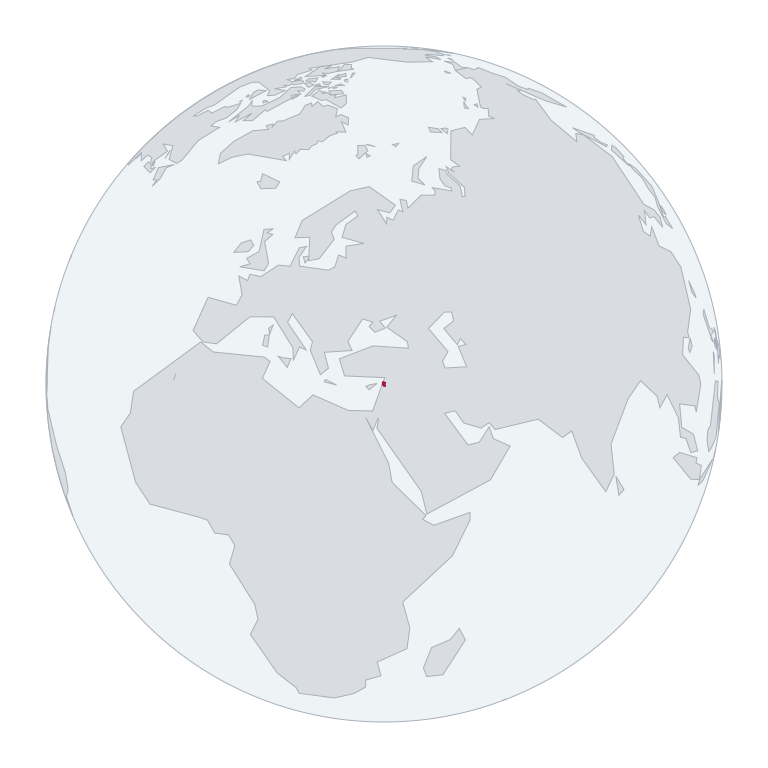 Lattakia highlighted on a globe, orthographic projection
{"feature_id": "SYR-134", "entity_name": "Lattakia", "entity_type": "Province", "adm_level": 1, "iso_a3": "SYR", "parent_name": "Syria", "parent_adm1": "", "projection": "orthographic", "projection_center": [36.019, 35.573], "detail": "fine", "context": "on_globe", "style": "filled", "palette": "rose", "viewbox_px": 768, "rotation_deg": 0, "n_neighbors": 0, "source": "natural_earth", "source_scale": "10m", "svg_char_len": 11086}
<svg xmlns="http://www.w3.org/2000/svg" viewBox="0 0 768 768"><circle cx="384" cy="384" r="338" fill="#eef3f6" stroke="#a8b0b8"/><path d="M334.2,49.8L353.3,48.3L393.0,48.4L407.3,48.1L402.8,49.1L431.2,49.7L453.9,53.5L427.0,49.6L423.4,49.7L438.3,52.0L437.7,52.8L444.6,54.6L442.7,55.6L427.2,54.3L425.6,55.2L436.2,56.9L440.9,59.6L425.6,56.9L432.3,61.7L407.6,62.2L368.2,57.4L353.2,61.8L309.3,68.4L312.0,70.0L297.1,74.7L294.8,78.5L287.3,79.5L291.9,81.9L299.1,80.4L303.6,81.1L302.9,83.5L293.2,84.8L292.2,83.8L288.9,85.5L284.4,85.3L286.3,86.8L274.6,88.7L284.9,90.5L274.7,95.2L267.3,95.6L269.7,90.6L258.6,82.1L251.9,82.4L239.9,87.0L214.0,105.2L205.8,108.2L193.6,115.9L197.3,116.0L208.1,110.2L211.9,113.1L224.8,106.6L228.2,107.2L240.7,103.3L237.0,109.4L226.5,117.9L215.9,121.7L211.0,125.9L219.6,127.3L198.4,140.4L182.0,160.1L176.7,163.4L169.1,159.4L172.9,145.7L163.0,144.0L167.5,151.2L154.2,160.7L151.2,165.2L150.8,168.7L155.1,167.7L150.1,172.7L143.9,166.5L148.3,161.9L150.2,163.6L151.9,157.6L147.6,155.1L141.2,160.9L141.5,153.5L136.9,157.9L134.4,159.2L141.7,152.5L128.6,164.9L127.8,163.6L144.2,145.9L161.7,129.5L180.4,114.3L200.1,100.5L220.8,88.1L242.3,77.2L264.4,67.9L287.3,60.2L310.5,54.2L334.2,49.8ZM51.0,326.7L48.4,344.6L47.4,373.0L47.1,389.4L46.6,394.2L47.6,403.5L47.7,408.4L56.5,445.3L65.5,473.1L68.1,489.7L66.5,496.7L73.1,516.4L64.4,493.9L57.4,470.7L52.0,447.1L48.4,423.2L46.4,399.1L46.2,374.9L47.7,350.7L51.0,326.7ZM345.7,48.3L342.0,48.7L341.4,48.8L345.7,48.3ZM417.7,48.4L409.7,47.7L417.7,48.2L417.7,48.4ZM445.9,54.7L448.3,54.9L450.9,55.9L445.9,54.7ZM242.0,100.3L241.3,101.7L239.3,101.7L242.0,100.3ZM248.0,97.4L246.1,96.3L248.7,94.8L249.8,95.5L248.0,97.4ZM450.2,58.6L453.5,60.6L447.5,58.2L450.2,58.6ZM249.7,99.2L253.5,92.4L258.1,89.9L266.1,90.7L249.7,99.2ZM453.7,61.6L461.9,67.2L468.0,67.7L455.3,70.4L452.6,64.2L444.1,61.0L451.1,62.2L453.7,61.6ZM301.8,78.9L294.0,80.6L301.1,77.1L301.8,78.9ZM305.3,76.6L320.9,66.3L332.1,65.6L324.6,68.8L339.5,66.7L337.3,71.3L328.5,73.5L321.8,72.9L326.1,75.2L305.3,76.6ZM447.0,71.4L446.7,72.9L444.0,71.1L447.0,71.4ZM305.9,81.1L308.1,78.9L317.9,77.9L315.3,82.3L313.0,81.2L305.9,81.1ZM344.6,64.2L351.4,64.6L351.5,68.3L354.1,69.1L338.2,71.3L344.6,64.2ZM310.4,82.6L313.8,84.7L308.5,87.4L304.5,83.3L310.4,82.6ZM321.5,76.0L326.1,75.8L322.7,77.3L321.5,76.0ZM291.7,99.4L294.0,96.1L299.3,95.3L291.7,99.4ZM315.4,85.3L317.2,84.4L319.6,83.8L320.7,85.8L315.4,85.3ZM339.3,74.0L337.9,75.7L345.8,73.3L346.2,76.4L335.5,77.5L340.3,78.3L340.4,79.4L331.5,79.2L339.3,74.0ZM328.9,86.4L315.4,89.6L309.8,95.5L304.9,96.3L314.8,86.7L328.9,86.4ZM331.2,82.1L328.7,84.8L323.9,84.1L322.6,81.9L331.2,82.1ZM350.3,78.3L352.5,73.2L354.8,73.2L350.3,78.3ZM328.2,88.1L331.5,87.4L328.4,88.6L328.2,88.1ZM344.6,81.3L345.0,79.4L347.6,79.4L344.6,81.3ZM337.6,87.6L333.3,88.5L332.3,86.9L337.6,87.6ZM341.6,84.8L345.0,85.4L334.5,85.8L341.3,83.9L341.6,84.8ZM346.9,81.7L348.6,81.0L346.4,82.5L346.9,81.7ZM343.8,93.8L330.9,94.7L328.8,90.9L341.6,90.4L343.8,93.8ZM135.7,482.5L120.8,426.8L130.3,413.2L133.6,391.3L200.7,342.0L213.2,352.0L264.1,357.1L270.1,361.5L262.3,378.4L299.0,407.9L313.0,394.9L348.1,410.4L372.6,411.0L384.7,377.6L344.5,375.9L339.4,358.8L373.0,345.9L408.4,348.2L407.5,341.7L386.7,327.2L396.4,315.3L379.7,321.2L385.3,328.0L375.0,332.3L369.2,326.5L372.9,322.2L362.7,318.9L347.9,341.3L352.0,350.5L324.3,352.3L328.5,368.3L320.4,374.7L310.3,350.2L312.5,341.8L292.3,313.6L287.5,322.3L306.2,349.9L299.6,347.0L293.3,360.5L293.0,348.0L273.8,316.9L249.9,316.8L216.5,343.8L203.1,342.0L193.1,330.5L208.1,297.3L236.4,305.3L242.1,295.0L238.8,276.1L247.7,280.5L249.8,274.2L260.7,276.7L278.5,265.1L290.0,266.3L299.3,247.9L306.5,246.4L298.9,257.4L299.8,266.2L328.6,270.2L334.9,266.8L338.6,255.0L346.1,258.1L346.0,246.2L363.7,243.4L342.1,237.3L345.9,224.5L357.8,216.0L355.2,211.0L335.7,225.2L331.5,232.0L334.1,239.4L319.1,258.8L308.7,260.7L309.7,237.3L295.0,237.8L302.2,220.5L350.2,190.9L369.1,186.6L395.4,205.2L389.7,212.8L377.4,209.6L386.6,223.9L386.9,217.2L393.1,220.3L398.3,210.0L402.9,211.8L400.0,199.4L406.2,200.4L408.0,208.2L421.1,195.2L434.7,195.2L435.4,191.5L432.3,187.6L451.7,190.9L451.4,188.1L444.9,185.8L440.0,179.0L439.0,168.7L445.8,170.4L447.1,174.3L460.0,185.7L462.4,196.8L465.0,196.5L464.5,187.4L448.8,173.3L446.3,166.7L454.7,172.3L451.4,169.7L452.3,167.0L459.5,166.1L450.7,159.7L450.9,130.9L464.9,127.4L472.3,134.9L479.6,119.4L494.7,118.5L488.7,116.2L488.2,108.4L483.4,108.5L480.5,106.9L476.9,89.3L481.3,87.1L473.0,78.7L469.9,77.8L466.1,78.7L455.3,70.4L468.0,67.7L474.4,69.8L478.1,67.5L492.1,73.1L505.3,77.3L518.5,86.2L527.9,89.5L528.2,88.3L541.2,92.6L566.7,107.1L544.5,100.4L506.0,83.7L521.6,90.5L517.6,90.8L522.9,94.6L534.0,99.8L535.5,99.1L551.0,120.1L576.7,141.6L575.9,133.5L583.5,134.8L612.2,156.6L643.7,204.2L654.2,210.0L660.1,217.4L662.8,227.4L654.2,216.7L649.8,217.9L644.5,210.8L646.0,224.7L638.5,215.2L643.3,231.4L650.2,236.2L651.7,226.8L659.1,246.0L670.8,251.6L680.9,267.1L690.7,309.4L687.6,331.8L689.2,337.9L683.4,337.2L682.6,354.8L698.8,375.1L700.8,384.1L696.2,412.1L694.9,405.9L679.6,403.9L681.7,427.3L693.5,434.2L697.7,450.8L690.8,452.6L686.0,438.5L680.5,437.2L678.4,417.7L667.1,394.7L659.9,407.7L657.1,396.2L640.5,380.6L628.2,398.5L611.0,444.0L614.2,474.1L605.8,491.7L581.8,458.2L571.7,430.9L562.6,437.5L538.2,419.2L495.0,429.5L489.2,422.5L481.0,428.1L463.8,423.0L455.2,410.8L444.6,413.3L467.9,444.9L479.2,442.3L489.2,426.9L493.5,438.7L510.1,446.1L490.4,479.9L426.8,514.1L421.4,491.6L376.8,428.1L378.5,420.6L378.4,419.7L377.9,418.2L373.0,430.5L365.6,417.4L388.6,463.3L392.2,482.5L425.9,515.5L422.6,519.3L433.7,525.3L470.1,512.4L470.1,519.8L452.5,555.7L402.7,602.0L409.8,627.9L407.0,648.6L377.2,662.0L381.0,675.7L365.7,680.1L365.5,687.1L354.0,693.5L334.2,698.0L299.2,693.3L296.1,687.6L277.1,672.8L250.4,634.4L258.1,619.1L254.6,604.1L229.5,564.1L234.9,545.4L228.4,534.9L214.9,533.1L207.5,520.2L199.4,517.3L150.0,504.1L135.7,482.5ZM175.8,373.8L173.5,380.2L175.8,373.8ZM445.1,368.0L466.7,366.8L458.3,346.4L465.9,344.5L460.2,338.5L457.5,344.9L443.8,328.5L453.6,321.1L451.7,312.0L444.3,312.1L428.5,328.5L448.0,351.7L442.5,361.1L445.1,368.0ZM54.9,307.1L55.0,306.8L53.8,312.3L54.0,311.1L54.9,307.1ZM71.9,254.4L69.6,260.4L71.0,256.6L71.9,254.4ZM154.6,161.1L154.9,161.7L153.4,165.9L151.9,165.3L154.6,161.1ZM160.2,178.5L152.1,186.3L156.8,179.9L153.1,180.0L158.5,167.6L174.4,164.5L166.2,167.8L160.2,178.5ZM170.0,151.2L164.8,158.7L169.9,150.7L170.0,151.2ZM250.8,239.9L253.7,245.2L248.3,251.6L233.8,252.4L241.4,242.9L250.8,239.9ZM259.1,251.6L264.0,229.4L273.3,228.8L267.2,232.7L272.8,234.5L264.6,241.5L268.6,263.5L264.1,270.8L239.7,266.8L250.2,263.8L246.7,258.4L259.1,251.6ZM260.5,181.4L262.7,173.8L279.8,181.9L275.7,188.2L261.0,188.8L257.1,181.8L260.5,181.4ZM263.2,102.9L263.0,100.9L265.6,100.3L268.0,101.5L263.2,102.9ZM292.3,97.9L267.0,111.4L265.4,109.6L252.5,120.7L243.3,120.6L252.0,113.2L235.3,121.9L239.5,115.3L228.6,122.0L248.9,105.6L252.1,100.7L252.1,106.1L260.4,106.2L264.9,104.7L280.1,97.3L290.9,87.5L300.8,86.8L305.0,88.9L303.9,91.1L297.8,90.7L300.8,94.0L291.1,95.2L292.3,97.9ZM348.2,125.0L341.5,121.7L345.8,132.1L336.2,131.9L337.3,133.1L329.5,136.0L322.1,141.9L317.9,140.9L316.8,143.7L311.7,146.0L308.7,149.6L300.3,149.3L296.0,153.9L294.5,151.2L289.3,159.4L289.4,153.3L282.7,156.2L286.2,160.6L247.9,154.0L231.9,157.3L218.4,163.8L220.3,153.5L234.0,141.3L253.0,130.7L268.2,129.5L266.3,125.5L273.0,124.0L271.7,127.8L277.7,121.1L282.9,121.0L299.8,113.9L305.2,105.4L311.5,102.9L312.0,106.3L317.9,101.6L323.1,106.5L327.7,105.0L337.5,108.8L335.7,116.7L341.0,114.6L348.6,117.9L348.2,125.0ZM346.3,95.0L346.3,103.6L341.1,108.0L326.3,99.7L321.4,100.4L311.8,96.1L319.7,90.1L321.7,91.7L325.5,92.0L321.5,93.8L327.5,92.6L330.5,95.1L336.0,95.0L334.5,97.7L346.3,95.0ZM278.2,356.2L283.1,357.9L291.0,358.6L287.2,367.4L278.2,356.2ZM264.7,335.1L269.3,334.9L267.7,346.9L262.7,345.5L264.7,335.1ZM273.2,325.0L269.7,334.0L268.6,328.3L273.2,325.0ZM303.3,256.8L308.4,256.2L308.4,259.1L305.0,263.0L303.3,256.8ZM359.0,158.8L356.0,155.5L357.9,154.3L357.8,145.5L365.0,145.4L367.8,150.7L359.0,158.8ZM377.1,383.4L369.2,389.7L365.9,386.4L369.2,384.9L377.1,383.4ZM325.5,379.5L336.6,385.0L324.3,381.9L325.5,379.5ZM366.8,157.3L366.0,153.5L370.1,155.9L366.8,157.3ZM370.2,145.0L375.3,146.8L365.8,144.4L370.2,145.0ZM502.4,700.5L505.4,699.3L506.4,699.0L502.4,700.5ZM465.4,639.9L442.9,674.8L426.7,676.5L423.4,668.0L431.6,647.5L450.2,639.6L459.3,628.5L465.4,639.9ZM714.7,453.3L714.8,453.2L714.7,453.3ZM714.2,454.6L715.6,448.9L713.4,458.5L714.2,454.6ZM712.9,458.8L702.9,480.5L697.9,485.6L699.9,479.0L707.9,466.4L712.9,458.8ZM699.5,479.6L690.8,479.2L673.2,457.7L679.6,452.4L696.9,457.7L696.0,462.9L701.3,465.5L699.5,479.6ZM717.2,423.4L716.1,436.9L711.3,448.0L708.7,451.5L707.0,439.7L708.0,429.7L710.5,425.5L715.4,381.0L718.0,381.4L717.5,398.2L719.3,403.7L717.2,423.4ZM615.8,476.1L624.0,489.6L618.9,495.3L615.8,476.1ZM714.2,355.0L714.3,373.9L713.2,351.7L714.2,355.0ZM711.5,336.3L713.1,341.8L711.0,339.0L711.5,336.3ZM692.2,346.3L689.8,352.4L688.2,348.3L690.2,338.2L692.2,346.3ZM688.6,280.6L694.4,292.8L696.1,297.9L692.1,292.7L688.6,280.6ZM426.8,156.6L418.9,168.5L418.0,178.2L424.9,184.9L411.8,181.1L413.2,166.1L426.8,156.6ZM447.2,133.6L441.1,128.6L445.9,128.0L448.0,129.1L447.2,133.6ZM442.0,132.6L430.5,131.9L428.5,127.3L438.0,128.7L442.0,132.6ZM398.6,143.4L395.8,146.7L392.5,144.6L398.6,143.4ZM719.9,421.1L720.3,413.9L718.7,429.5L718.2,432.4L718.8,422.2L719.9,404.5L720.5,395.3L721.8,379.9L720.2,402.9L720.5,408.2L721.5,396.1L720.7,408.6L720.5,415.1L719.9,421.1ZM720.3,359.4L718.5,354.7L718.4,363.5L717.0,339.5L719.2,347.8L720.3,359.4ZM716.3,341.8L716.4,349.9L715.3,337.0L716.3,341.8ZM715.5,347.7L713.8,341.2L714.6,338.5L715.5,347.7ZM716.6,339.7L713.8,327.0L715.7,332.1L716.6,339.7ZM709.2,327.2L713.7,330.8L710.6,336.1L703.1,314.0L703.8,309.2L709.2,327.2ZM666.2,215.3L661.9,210.5L660.5,205.3L663.9,210.1L666.2,215.3ZM651.9,186.3L658.7,202.5L663.5,216.6L665.4,216.6L672.6,228.6L666.0,223.4L657.5,206.2L655.1,197.4L648.1,188.4L642.3,178.2L633.2,169.5L628.5,163.3L636.0,168.7L651.9,186.3ZM629.4,166.2L611.5,150.0L611.9,145.3L615.9,147.8L624.0,157.0L623.3,158.8L629.4,166.2ZM607.3,144.9L606.5,146.8L578.4,131.9L572.6,127.8L594.2,135.4L594.5,137.8L601.3,142.6L607.3,144.9ZM450.3,73.3L447.0,72.9L449.2,72.2L450.3,73.3ZM477.9,107.2L474.3,104.9L477.0,103.7L477.9,107.2ZM465.8,98.2L465.2,101.0L463.0,97.3L465.8,98.2ZM464.4,107.9L463.6,101.8L468.4,108.7L464.4,107.9Z" fill="#d9dde1" stroke="#a8b0b8" stroke-width="1"/><path d="M384.6,382.5L384.8,382.7L385.2,382.7L385.3,382.7L385.3,382.8L385.2,382.8L385.1,383.0L385.0,383.3L384.9,383.3L384.9,383.5L385.0,383.6L385.0,383.8L385.0,384.2L384.9,384.9L384.9,385.0L385.0,385.2L385.1,385.8L385.1,386.1L384.9,386.0L384.0,386.1L383.9,386.0L383.8,385.9L383.6,385.8L383.5,385.7L383.5,385.4L383.5,385.0L383.5,384.9L383.2,384.6L383.1,384.4L382.9,384.4L382.8,384.2L382.6,384.1L382.7,383.9L382.6,384.0L382.6,383.9L382.8,383.9L382.9,383.7L382.8,383.4L383.0,383.4L383.1,383.0L383.1,382.8L383.1,382.7L382.9,382.4L383.2,382.4L383.3,382.4L383.4,382.2L383.5,382.0L383.7,381.9L383.8,381.9L383.9,382.0L383.9,382.3L384.0,382.3L384.3,382.3L384.6,382.5Z" fill="#f43f5e" stroke="#9f1239" stroke-width="1.5"/></svg>